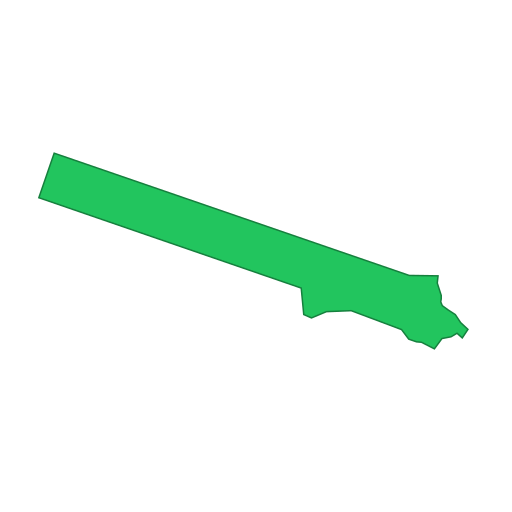 an SVG outline of Mayuge, rotated 109°
{"feature_id": "UGA-3120", "entity_name": "Mayuge", "entity_type": "District", "adm_level": 1, "iso_a3": "UGA", "parent_name": "Uganda", "parent_adm1": "", "projection": "equal_earth", "projection_center": [33.58, -0.276], "detail": "fine", "context": "isolated", "style": "filled", "palette": "green", "viewbox_px": 512, "rotation_deg": 109, "n_neighbors": 0, "source": "natural_earth", "source_scale": "10m", "svg_char_len": 523}
<svg xmlns="http://www.w3.org/2000/svg" viewBox="0 0 512 512"><g transform="rotate(109 256 256)"><path d="M271.6,480.3L231.3,480.3L224.5,480.3L224.5,104.8L215.5,77.4L222.6,75.8L233.0,68.0L236.2,66.9L239.2,66.4L242.3,63.7L244.3,57.3L246.5,48.5L252.3,40.9L256.4,31.7L266.3,34.3L263.6,40.8L268.9,45.3L273.5,53.3L285.7,57.1L283.7,71.5L284.9,76.3L284.9,78.3L284.9,84.5L278.2,94.4L276.7,148.2L285.7,171.3L296.5,183.4L295.8,191.8L271.6,202.8L271.6,480.3L271.6,480.3Z" fill="#22c55e" stroke="#15803d" stroke-width="1.5"/></g></svg>